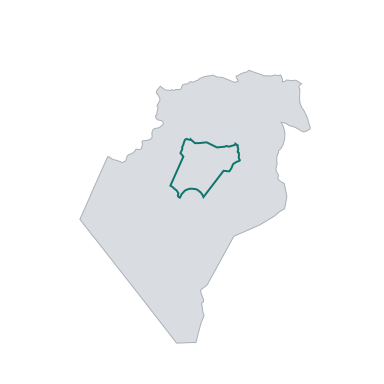 Chad, with Batha highlighted, rotated 204°
{"feature_id": "TCD-1472", "entity_name": "Batha", "entity_type": "Prefecture", "adm_level": 1, "iso_a3": "TCD", "parent_name": "Chad", "parent_adm1": "", "projection": "mercator", "projection_center": [18.213, 14.169], "detail": "fine", "context": "in_parent", "style": "outline", "palette": "teal", "viewbox_px": 384, "rotation_deg": 204, "n_neighbors": 0, "source": "natural_earth", "source_scale": "10m", "svg_char_len": 5530}
<svg xmlns="http://www.w3.org/2000/svg" viewBox="0 0 384 384"><g transform="rotate(204 192 192)"><path d="M283.3,121.4L283.3,129.6L283.3,137.7L283.3,145.9L283.4,154.0L283.4,162.1L283.4,170.2L283.4,178.3L283.4,186.4L283.4,189.0L283.2,190.1L282.7,190.4L278.6,189.7L276.8,189.6L274.3,190.2L270.5,190.5L268.1,190.4L266.5,191.8L265.2,193.5L265.8,197.5L265.7,198.8L265.1,200.2L264.0,201.3L262.9,202.3L262.2,203.1L261.4,204.9L260.8,205.7L260.8,206.9L260.6,208.1L259.9,208.7L258.2,209.1L257.1,209.6L256.2,210.5L255.6,211.1L255.9,212.0L256.3,213.1L256.6,214.9L256.8,215.9L257.6,216.7L258.1,217.4L258.3,218.1L257.8,218.7L255.7,220.0L254.9,220.5L253.9,221.1L253.5,221.4L252.0,222.6L251.2,223.7L250.8,224.6L250.8,225.8L251.6,227.7L252.5,229.2L252.8,230.4L253.0,231.7L252.9,233.0L252.5,234.0L251.7,235.0L248.8,236.8L247.4,238.8L246.2,241.2L245.9,242.6L246.3,243.4L246.9,244.2L247.7,244.6L249.0,244.7L251.1,244.3L253.0,244.0L255.1,244.9L256.2,246.9L255.7,248.4L256.5,251.1L257.2,254.3L257.2,255.4L257.5,255.8L258.8,256.0L259.1,256.8L258.6,262.5L259.2,264.0L260.1,265.2L261.1,265.8L262.1,266.5L262.6,267.1L263.7,267.2L265.0,268.2L265.3,269.6L265.2,270.9L264.5,273.8L263.9,275.7L263.2,275.6L261.6,275.1L259.8,274.7L257.5,274.4L255.4,275.2L253.1,276.2L252.3,276.9L251.7,277.4L250.7,277.3L249.7,277.4L249.2,278.2L248.4,279.0L245.0,280.6L244.3,281.2L243.9,281.8L243.9,282.5L244.2,283.8L244.2,285.5L243.5,286.8L242.6,287.7L241.6,288.1L240.8,288.3L240.2,288.9L238.5,291.9L237.7,292.5L236.2,292.4L231.8,297.0L231.4,298.4L229.7,300.3L227.7,302.4L225.9,303.4L225.7,303.8L225.2,304.2L224.1,304.7L220.2,307.3L215.5,307.2L213.5,308.2L211.5,308.7L208.5,309.2L207.6,309.1L203.9,309.3L199.5,309.3L197.8,309.6L196.2,310.6L195.0,311.5L194.8,311.8L195.0,312.1L195.0,312.4L198.0,314.5L198.8,315.6L198.0,316.6L197.7,316.7L197.6,316.8L197.1,317.6L195.3,320.0L192.5,322.8L191.1,323.6L190.6,324.1L189.8,326.0L189.4,326.3L187.5,326.5L183.7,326.7L178.5,327.3L175.4,327.5L173.5,327.4L170.8,328.7L169.8,329.0L169.2,329.1L166.5,330.4L164.3,332.3L163.5,332.7L160.3,333.5L159.1,334.8L158.5,334.9L156.5,333.2L155.1,331.6L154.4,330.0L154.3,329.4L154.0,329.5L152.9,330.2L151.9,331.1L151.5,332.6L148.2,333.7L145.4,334.6L144.2,335.7L142.2,336.3L139.7,336.0L137.8,335.6L135.9,335.4L136.8,334.0L137.1,333.0L137.2,331.7L137.1,330.8L135.9,330.4L135.2,329.7L133.6,325.6L131.9,321.4L129.6,317.3L127.0,314.7L125.1,313.1L124.5,312.9L123.6,312.4L122.9,311.9L119.5,309.1L116.0,306.0L115.0,304.5L113.3,302.4L111.3,300.2L110.3,299.2L109.8,297.4L111.2,295.7L112.6,293.7L114.4,292.3L116.7,292.2L120.6,292.8L124.7,293.0L128.8,292.5L129.8,292.2L130.9,292.3L133.1,292.8L136.9,292.6L138.9,291.8L136.8,290.4L134.5,288.1L132.3,285.6L131.0,283.4L129.8,280.5L128.7,276.9L128.1,272.3L128.2,269.7L128.5,267.8L129.7,264.7L128.9,262.9L129.1,261.5L128.9,259.3L128.6,258.2L127.1,254.7L126.8,254.3L125.5,251.8L124.9,247.7L123.4,245.0L121.0,243.6L119.6,242.0L119.1,239.2L118.2,238.4L114.4,237.5L111.3,237.4L109.0,234.2L106.1,230.1L103.4,226.3L101.6,218.6L100.6,214.2L101.8,212.8L104.0,209.7L106.8,203.7L113.3,194.4L116.6,189.6L123.1,182.4L131.2,173.6L135.8,168.6L136.5,159.6L137.3,149.9L137.9,142.6L138.6,134.0L139.2,126.7L139.7,121.4L140.3,113.9L140.8,112.4L144.0,106.5L144.2,105.7L143.7,104.7L139.1,99.6L137.7,98.5L136.9,95.9L138.1,94.4L132.6,85.9L131.3,84.9L130.7,83.8L130.6,82.3L130.5,76.4L129.1,67.1L127.2,56.2L133.6,53.1L138.4,50.7L144.6,47.7L150.4,50.8L158.7,55.3L167.0,59.7L175.3,64.2L183.6,68.6L191.9,73.1L200.2,77.5L208.5,81.9L216.8,86.3L225.2,90.7L233.5,95.1L241.8,99.5L250.1,103.9L258.4,108.3L266.7,112.6L275.0,117.0L283.3,121.4Z" fill="#d9dde1" stroke="#a8b0b8" stroke-width="1"/><path d="M164.5,236.3L165.6,234.6L165.7,234.4L165.8,234.0L165.7,229.9L165.7,229.7L166.2,226.4L166.3,226.2L166.6,225.9L171.8,224.2L179.5,192.0L181.1,193.5L183.2,194.8L184.3,195.3L187.9,196.2L189.3,196.2L189.9,196.1L193.3,195.0L195.1,194.2L195.8,193.7L197.7,192.0L198.7,190.9L199.2,189.9L200.5,186.1L200.6,185.9L200.7,183.8L200.7,181.9L200.8,181.8L201.1,181.8L201.3,182.1L201.6,182.2L202.0,182.1L202.3,182.1L202.9,182.3L203.0,182.4L203.1,182.5L203.3,182.7L203.4,182.8L203.5,182.9L203.6,183.3L203.8,185.0L204.0,185.4L204.3,185.6L206.6,187.1L206.8,187.2L208.2,187.5L210.3,188.1L211.0,188.4L211.9,188.7L214.3,189.0L214.3,218.2L214.3,220.8L218.2,222.8L218.4,222.9L218.4,223.0L218.3,226.9L218.4,227.3L218.5,227.7L219.1,228.6L219.2,228.8L219.2,231.7L219.6,234.9L219.6,236.7L219.5,236.9L219.4,237.2L218.9,237.9L218.8,238.1L218.7,238.1L214.1,239.1L213.9,239.1L214.0,239.2L214.1,239.4L209.2,237.8L205.1,239.7L199.8,242.8L198.9,243.2L198.6,243.3L198.3,243.3L187.8,242.9L187.5,242.9L187.1,243.0L180.9,246.5L180.4,246.8L179.6,247.8L179.4,248.0L179.1,248.1L177.2,248.3L176.9,248.4L176.6,248.5L172.0,252.4L171.7,252.9L172.0,253.8L171.8,253.8L171.7,253.7L171.4,253.6L170.9,253.5L170.8,253.4L170.7,253.4L170.5,253.2L170.4,253.2L170.2,253.2L170.0,253.3L169.9,253.3L169.6,253.3L169.4,253.3L169.3,253.2L169.2,253.2L168.9,252.9L168.8,252.7L168.9,252.2L168.8,251.9L168.7,251.8L168.5,251.6L168.4,251.5L168.3,251.2L168.2,251.0L167.7,250.8L167.6,250.7L167.3,250.3L167.2,250.1L166.7,247.8L166.7,247.6L166.7,247.4L166.5,247.2L166.4,247.1L166.2,247.1L165.9,247.2L165.7,247.1L165.5,246.8L165.3,246.6L165.2,246.6L165.2,246.4L165.0,246.0L164.9,245.9L164.6,245.7L164.4,245.5L164.2,245.3L164.0,244.6L163.7,243.5L163.7,243.3L162.9,241.9L162.8,241.7L162.3,241.3L161.9,241.1L161.3,240.6L161.2,240.5L161.2,240.4L161.2,240.2L161.3,240.0L161.7,239.4L163.3,237.9L163.5,237.7L163.8,237.4L164.5,236.3Z" fill="none" stroke="#0f766e" stroke-width="2"/></g></svg>